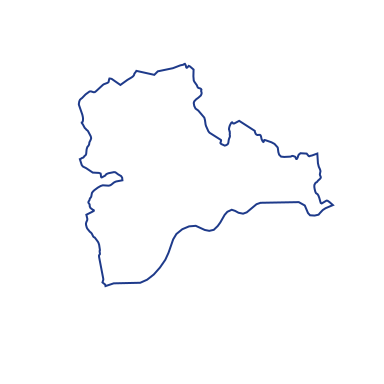 an SVG outline of Trenciansky, rotated 200°
{"feature_id": "SVK-1055", "entity_name": "Trenciansky", "entity_type": "Region", "adm_level": 1, "iso_a3": "SVK", "parent_name": "Slovakia", "parent_adm1": "", "projection": "orthographic", "projection_center": [18.211, 48.911], "detail": "fine", "context": "isolated", "style": "outline", "palette": "blue", "viewbox_px": 384, "rotation_deg": 200, "n_neighbors": 0, "source": "natural_earth", "source_scale": "10m", "svg_char_len": 5031}
<svg xmlns="http://www.w3.org/2000/svg" viewBox="0 0 384 384"><g transform="rotate(200 192 192)"><path d="M176.9,161.5L183.0,158.7L188.4,153.7L192.3,147.2L193.5,141.0L193.3,128.4L193.3,126.7L193.9,119.2L196.3,110.0L199.7,101.4L204.2,94.2L209.6,89.0L234.3,79.4L241.1,74.0L241.9,75.3L245.2,76.4L245.3,78.5L245.3,79.1L245.5,79.6L245.7,80.1L257.0,99.0L257.5,100.0L257.7,100.7L257.6,101.1L257.3,101.8L257.3,102.2L257.5,102.7L258.4,104.4L258.6,105.0L258.7,105.5L258.6,105.8L258.9,106.4L261.2,110.6L262.3,112.0L263.3,113.0L267.7,115.9L268.0,116.0L268.6,116.0L269.1,116.1L269.7,116.5L271.9,118.6L272.7,119.1L273.4,119.4L274.4,119.7L277.9,121.8L278.8,122.7L280.3,124.8L280.9,126.2L281.0,128.2L280.8,129.3L281.0,130.4L281.2,131.0L283.5,134.5L278.5,139.8L277.8,140.8L278.1,141.3L278.4,141.4L279.2,141.4L281.8,142.2L282.2,142.5L282.6,142.9L283.0,143.3L283.3,143.8L283.8,145.0L284.1,145.4L284.3,145.6L285.0,146.0L285.3,146.2L285.7,146.6L285.9,147.0L285.9,147.4L285.9,147.9L285.6,149.0L285.6,149.5L285.6,149.9L285.7,150.3L285.7,150.7L285.7,151.2L285.3,152.0L285.2,152.5L285.1,153.1L285.7,156.9L285.3,158.4L284.4,160.3L282.0,163.9L279.9,166.4L278.1,167.8L272.6,169.4L271.4,170.1L270.4,171.2L268.6,174.2L267.6,175.3L266.8,176.0L261.4,179.2L262.5,181.5L264.0,182.7L267.4,183.3L270.0,184.1L270.7,184.3L272.1,184.0L277.0,181.0L278.3,179.8L278.9,178.9L279.0,178.4L279.1,177.9L279.4,177.5L281.8,174.8L282.2,174.8L282.7,175.2L283.8,177.5L284.2,178.1L286.0,178.1L291.9,176.3L299.6,178.2L303.1,178.6L304.2,179.2L304.9,179.7L308.6,184.5L307.7,185.3L307.4,185.9L306.9,186.4L306.5,186.7L306.2,187.0L305.9,187.2L305.7,187.6L305.6,188.1L305.5,188.6L305.2,189.2L304.7,190.0L304.5,190.6L304.5,191.7L305.6,196.0L305.7,197.4L305.7,198.6L305.1,200.2L305.0,201.0L305.0,201.8L305.3,203.1L305.4,203.7L305.3,204.4L305.1,206.2L305.1,207.8L305.5,208.7L306.3,209.8L310.5,213.6L311.0,213.9L311.4,214.1L312.3,214.3L312.8,214.6L313.5,215.0L313.9,215.2L314.7,215.5L317.7,218.2L318.8,218.9L319.3,219.3L319.4,219.6L318.9,220.1L318.8,220.8L318.9,221.7L319.5,223.7L320.2,225.1L321.4,227.0L327.8,234.9L328.4,235.8L328.9,238.5L328.8,240.4L328.5,240.9L328.2,241.6L327.5,242.6L325.4,247.3L322.8,251.2L322.2,251.7L321.3,252.0L318.6,252.1L317.5,252.6L316.7,253.8L312.3,262.3L311.6,263.2L308.9,265.5L308.3,266.2L308.0,266.9L308.4,269.3L308.4,270.4L307.2,270.7L306.1,270.8L295.9,268.1L291.0,275.3L288.3,278.6L287.4,279.8L286.9,280.7L286.6,281.6L286.5,282.1L286.5,282.5L286.6,283.0L286.6,283.4L286.5,283.9L285.9,285.7L285.8,286.2L285.7,286.8L267.5,289.2L265.4,293.7L252.3,301.8L246.3,307.0L243.6,308.7L243.3,309.0L243.1,309.3L243.1,309.6L242.9,309.8L242.5,310.0L241.2,308.9L240.0,307.1L239.6,306.9L239.2,307.1L238.7,308.1L238.3,309.1L238.2,309.4L236.9,309.3L232.4,307.6L230.3,301.3L228.5,297.4L227.6,296.5L224.0,294.0L223.0,292.9L222.4,292.3L221.6,292.0L219.4,292.1L218.6,291.8L218.1,291.3L218.0,290.0L217.4,289.3L217.0,288.7L216.6,287.6L216.7,285.7L218.2,282.9L219.8,280.5L220.9,277.9L220.8,276.2L219.3,273.6L217.2,271.6L214.0,270.7L205.9,266.1L204.4,264.0L202.4,260.2L201.4,258.8L197.3,254.6L195.8,253.7L182.6,250.8L182.3,250.4L182.1,249.2L182.1,248.4L182.1,247.8L181.5,247.4L181.0,247.1L177.1,246.8L175.8,247.8L174.9,249.0L174.7,249.8L174.7,250.7L175.1,252.5L175.3,253.6L175.4,254.8L175.3,256.7L175.5,257.6L175.7,258.0L175.8,258.2L176.0,258.5L176.2,258.9L176.4,259.8L177.2,261.7L177.3,261.9L177.4,262.0L177.7,262.1L177.8,262.3L178.0,262.7L178.2,262.9L178.4,263.2L178.6,263.4L178.8,263.8L179.1,265.5L179.2,267.1L179.1,268.4L178.8,270.2L178.5,270.9L178.1,271.2L177.3,270.8L176.8,270.5L176.0,270.7L175.6,271.0L172.0,275.0L153.9,270.9L153.6,270.3L153.2,269.7L152.0,268.4L151.1,268.0L150.1,267.9L149.4,268.2L148.8,268.5L147.7,268.9L147.0,268.7L146.2,267.9L144.7,265.5L143.3,264.1L142.6,263.6L142.1,263.4L141.9,263.6L141.8,264.0L141.8,264.4L141.9,264.8L141.9,265.2L141.8,265.6L140.7,265.8L134.3,265.9L130.9,265.4L127.5,263.6L126.8,263.2L126.4,262.7L124.5,259.0L122.9,256.9L120.4,255.7L117.3,256.5L111.4,259.0L110.3,260.1L109.8,260.3L109.1,260.4L107.3,260.4L106.9,260.3L105.6,258.8L105.2,258.7L104.9,258.8L104.7,259.2L104.6,259.8L104.5,261.0L104.6,261.9L104.6,262.3L104.5,262.7L104.5,263.1L104.5,263.7L103.9,264.4L103.4,265.5L97.4,267.3L94.7,265.7L94.3,265.7L93.8,265.8L93.5,266.2L93.1,266.5L91.8,267.3L87.4,271.0L83.5,262.1L81.5,259.1L79.7,257.3L78.9,256.3L78.4,255.5L77.9,252.3L77.4,251.5L76.4,250.5L76.0,249.9L75.9,249.2L76.2,248.2L76.6,247.4L77.3,246.1L77.6,245.4L77.9,244.4L78.2,243.8L78.9,243.1L79.2,242.3L79.4,240.4L78.8,238.6L77.8,236.8L76.4,234.7L75.6,233.8L75.0,233.3L73.4,232.9L73.0,232.7L72.7,232.4L72.4,232.2L72.1,232.0L70.3,229.9L68.1,226.8L67.2,225.7L66.2,225.6L63.1,229.4L62.5,230.0L62.0,230.1L61.4,230.1L59.2,229.5L55.1,227.9L61.0,222.4L63.0,219.7L64.7,215.7L65.3,214.0L68.7,211.8L73.1,210.5L75.8,211.9L81.4,217.9L88.2,219.0L108.8,211.1L123.9,205.3L127.2,202.6L133.6,191.6L136.6,189.1L141.2,188.4L145.1,189.0L148.6,188.9L152.0,185.5L153.5,181.7L155.0,173.0L156.2,168.8L158.6,163.9L162.5,161.4L167.0,160.7L176.9,161.5Z" fill="none" stroke="#1e3a8a" stroke-width="2"/></g></svg>